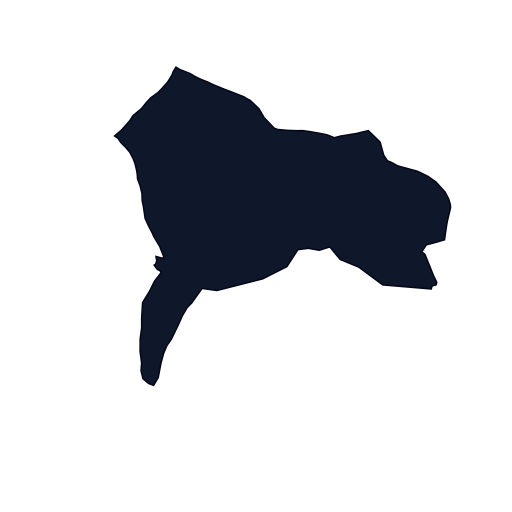 outline of Shomgom, Gombe, Nigeria, rotated 203°
{"feature_id": "59680162B64183111122385", "entity_name": "Shomgom", "entity_type": "district", "adm_level": 2, "iso_a3": "NGA", "parent_name": "Nigeria", "parent_adm1": "Gombe", "projection": "albers", "projection_center": [11.229, 9.728], "detail": "fine", "context": "isolated", "style": "filled", "palette": "ink", "viewbox_px": 512, "rotation_deg": 203, "n_neighbors": 0, "source": "geoboundaries", "source_scale": "gbopen_adm2", "svg_char_len": 2143}
<svg xmlns="http://www.w3.org/2000/svg" viewBox="0 0 512 512"><g transform="rotate(203 256 256)"><path d="M88.8,344.5L92.8,359.8L93.3,362.2L93.8,364.8L95.3,373.7L95.8,376.6L97.2,379.3L100.9,383.8L106.9,388.7L119.2,394.4L128.7,396.5L134.1,396.8L140.4,397.1L150.1,395.8L161.1,394.3L167.9,395.1L172.2,395.0L177.8,398.7L186.3,409.4L201.6,415.3L209.1,409.8L209.8,409.2L212.3,407.4L215.0,405.8L217.0,404.5L218.7,403.4L225.1,399.4L230.1,395.5L238.2,395.3L238.6,395.2L245.9,393.7L254.4,391.7L262.0,389.7L267.4,387.3L276.3,383.9L285.7,380.9L289.4,380.8L289.9,381.1L302.5,386.5L310.8,392.7L322.2,397.0L326.2,397.3L328.9,397.8L337.6,397.6L340.7,397.5L344.7,397.4L352.3,397.1L354.4,397.1L361.8,397.0L368.6,397.3L375.4,397.1L382.1,397.4L387.6,398.2L398.8,397.9L403.5,398.6L404.2,393.7L404.2,393.3L404.1,389.5L404.9,384.0L405.3,381.7L408.2,373.0L410.0,368.4L414.7,360.5L416.9,354.5L417.4,352.7L419.0,347.1L424.2,336.9L424.2,336.6L425.0,331.5L426.7,326.4L428.8,320.0L430.0,317.3L430.1,317.2L433.1,311.2L429.0,310.4L424.9,307.7L418.5,305.1L412.6,302.1L407.1,297.6L403.5,293.8L399.9,288.9L399.7,288.7L397.4,285.0L397.1,284.5L395.4,281.1L395.0,280.5L390.0,275.2L385.3,268.8L382.5,262.6L378.9,257.4L378.8,257.2L372.7,247.2L366.3,241.4L360.9,237.0L357.6,233.9L348.4,227.2L340.1,218.7L340.3,218.3L341.2,217.8L341.8,217.3L342.4,217.2L342.7,217.2L344.1,217.0L345.8,216.8L347.9,216.5L346.8,214.7L345.6,213.2L345.4,211.3L345.2,209.2L346.2,207.8L341.9,205.2L341.7,205.1L338.7,204.9L336.9,203.9L337.1,202.7L339.6,193.1L340.2,182.5L342.2,168.8L338.8,159.2L336.5,152.9L335.8,151.3L335.7,151.1L333.2,145.2L330.2,134.3L325.5,123.0L319.4,112.6L317.0,105.4L312.1,98.9L305.2,96.7L299.7,96.9L298.5,105.9L301.6,120.3L303.0,130.7L303.0,138.7L301.4,146.4L300.6,162.4L300.4,172.5L299.2,181.7L298.5,183.4L296.8,187.7L296.7,188.0L294.6,197.8L292.9,205.1L278.6,208.9L241.0,237.5L223.4,258.3L219.9,278.2L210.8,283.5L200.0,286.0L191.6,293.2L177.2,285.7L157.1,285.9L128.0,278.9L81.8,294.1L82.2,297.1L78.9,299.9L79.0,300.7L79.4,302.5L84.9,307.3L101.2,323.6L105.0,324.6L103.6,332.8L99.0,336.3L95.7,338.9L89.0,344.4L88.8,344.5Z" fill="#0f172a" stroke="#020617" stroke-width="1.5"/></g></svg>